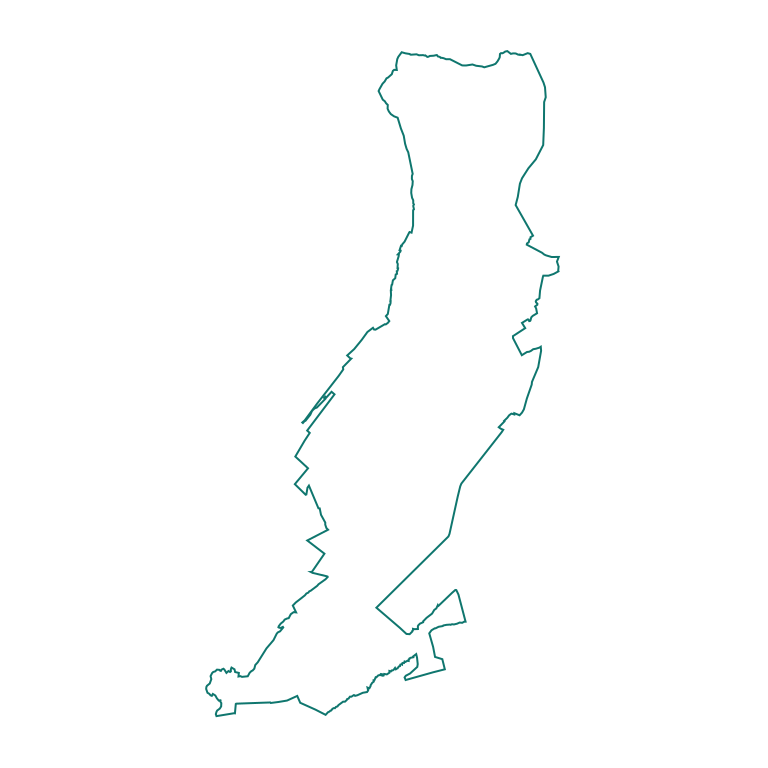 outline of Flamanzi, Botosani, Romania, rotated 91°
{"feature_id": "2599482B79845284556073", "entity_name": "Flamanzi", "entity_type": "district", "adm_level": 2, "iso_a3": "ROU", "parent_name": "Romania", "parent_adm1": "Botosani", "projection": "robinson", "projection_center": [26.986, 47.54], "detail": "fine", "context": "isolated", "style": "outline", "palette": "teal", "viewbox_px": 768, "rotation_deg": 91, "n_neighbors": 0, "source": "geoboundaries", "source_scale": "gbopen_adm2", "svg_char_len": 6097}
<svg xmlns="http://www.w3.org/2000/svg" viewBox="0 0 768 768"><g transform="rotate(91 384 384)"><path d="M588.8,308.1L588.7,309.1L591.8,312.5L605.2,326.0L605.3,326.3L604.6,326.5L607.5,327.8L609.0,329.8L612.7,331.9L617.0,337.3L620.6,340.7L621.5,340.7L623.0,343.9L624.7,345.5L625.5,345.9L628.4,345.8L628.6,349.3L628.3,350.7L629.4,350.6L630.4,351.4L630.9,351.3L633.7,354.0L633.5,357.2L627.5,363.9L607.8,387.7L535.3,316.9L532.7,315.9L495.2,308.3L485.0,306.0L482.2,304.9L430.1,265.5L427.7,264.0L426.6,266.6L425.2,268.5L419.3,262.9L418.8,263.3L415.6,260.1L413.2,258.4L411.6,256.4L411.4,255.9L412.2,253.2L410.9,253.2L412.9,247.9L410.2,245.5L406.9,243.7L396.0,240.9L382.0,236.3L379.4,236.1L364.4,230.1L348.0,227.5L344.0,227.9L344.9,229.2L346.1,232.8L346.6,235.4L348.3,237.6L349.2,239.4L349.5,241.6L352.8,246.7L335.9,255.8L333.9,255.9L325.7,243.8L320.5,247.1L316.9,241.5L317.0,240.7L318.6,239.9L318.5,239.2L318.0,238.7L314.8,237.9L313.3,236.5L310.6,232.2L305.8,233.2L303.8,234.3L302.1,232.1L301.1,232.0L299.7,233.4L298.6,233.7L297.1,232.8L296.8,231.7L295.5,230.1L287.9,229.6L274.1,227.0L272.9,226.6L272.8,221.4L271.0,216.3L268.3,211.5L267.6,211.8L263.5,211.5L258.6,213.2L253.9,211.5L254.1,218.6L252.6,224.1L251.8,226.0L250.0,228.3L242.2,243.7L241.0,243.5L239.8,241.8L236.8,241.1L236.4,240.1L234.7,240.1L233.1,237.6L202.8,255.5L194.6,253.5L181.3,251.6L175.9,249.6L165.8,243.4L156.7,236.1L142.3,229.0L125.2,228.6L99.3,228.8L94.5,227.3L84.5,228.2L79.8,229.8L51.4,243.5L50.7,246.1L52.8,251.1L52.5,252.6L52.6,253.8L52.2,254.0L52.4,255.5L51.2,258.1L51.2,260.8L51.7,262.9L49.0,266.5L49.5,268.6L50.8,270.4L51.3,271.6L51.1,272.7L52.0,273.8L55.3,274.0L56.7,274.6L59.5,276.2L61.9,278.1L63.0,280.6L65.6,289.3L64.8,291.5L64.2,297.4L63.0,301.1L64.1,307.5L64.1,311.4L58.1,323.7L58.2,327.5L57.2,330.1L56.8,332.2L56.9,333.0L56.0,333.9L55.5,335.9L54.3,336.7L54.2,337.2L54.9,340.1L55.2,343.9L56.0,345.3L56.2,346.4L54.7,348.4L54.9,349.1L54.5,350.6L54.7,354.8L53.8,357.2L54.3,362.9L54.0,363.7L53.6,364.0L53.0,368.3L52.0,372.1L56.6,375.4L58.9,376.4L65.2,377.4L69.8,376.7L69.7,379.3L70.8,380.6L74.1,381.6L77.6,385.4L78.3,386.8L81.5,388.6L83.8,390.7L89.3,393.7L91.2,394.5L99.7,390.2L101.3,388.1L103.3,386.8L104.9,385.1L108.7,385.2L111.4,383.9L114.0,381.9L116.2,378.6L117.5,375.0L128.1,371.6L135.4,368.6L143.4,367.1L148.5,365.5L151.9,363.8L173.4,359.0L175.4,359.7L178.5,359.7L180.7,358.8L184.6,359.0L188.7,360.0L192.5,360.1L197.3,359.2L199.8,358.0L202.9,357.9L203.9,357.2L205.4,357.9L208.8,357.1L209.7,357.9L211.5,357.9L225.1,357.7L232.2,359.1L231.6,361.1L232.0,361.4L241.3,365.9L244.1,368.2L245.7,368.7L245.5,369.4L250.0,370.8L250.3,369.7L251.3,369.9L254.2,372.4L254.3,371.4L256.1,371.6L261.8,373.2L263.8,372.3L267.9,372.5L268.0,371.9L268.5,371.9L270.6,372.5L271.0,373.2L273.6,372.9L274.3,374.2L278.0,374.6L280.2,376.9L284.5,377.6L284.8,378.1L285.8,378.3L289.3,378.7L289.2,378.4L290.2,378.3L290.5,378.8L295.0,378.5L301.1,379.1L301.1,378.8L303.2,378.9L304.7,379.4L304.7,380.0L313.9,381.4L316.1,383.3L321.0,379.8L322.9,381.3L324.4,383.3L324.2,384.2L329.8,393.4L329.7,394.9L328.0,396.0L332.3,401.5L340.2,407.0L349.6,414.4L356.1,421.3L359.0,418.1L359.2,417.2L367.9,425.4L370.1,425.0L376.6,429.4L404.6,450.4L421.7,462.6L423.9,465.0L424.4,464.4L422.3,462.6L422.2,461.9L416.1,457.2L412.4,455.6L411.0,454.4L409.6,452.9L408.7,450.7L400.1,442.6L399.0,443.6L397.7,442.5L398.7,441.6L392.7,436.3L395.2,433.3L431.9,460.0L434.2,457.4L442.1,462.4L458.1,471.4L469.6,458.5L485.7,471.4L496.1,460.4L495.8,459.7L489.0,458.7L486.9,457.3L509.4,447.4L509.5,446.1L515.9,444.7L523.6,440.3L525.6,440.3L529.0,439.1L530.7,437.4L541.8,458.0L554.7,440.6L573.1,452.8L573.2,453.9L574.1,452.1L577.2,438.0L577.5,437.1L577.9,436.9L580.2,439.0L585.4,446.0L586.9,447.2L592.0,453.7L592.6,455.1L593.9,456.0L594.8,457.9L596.7,459.4L604.0,468.4L607.1,471.3L613.9,467.9L613.7,470.4L615.8,473.2L619.8,475.2L620.1,476.7L621.3,479.2L623.2,480.5L625.4,483.1L628.0,485.0L629.1,485.3L629.5,484.5L629.7,483.0L628.6,480.9L629.2,480.5L633.1,483.6L634.2,485.8L635.5,486.9L642.0,490.0L650.4,496.9L664.5,505.4L667.2,507.8L670.9,508.7L672.8,510.4L673.3,511.5L675.1,513.3L678.6,515.1L679.3,520.9L678.6,522.5L679.0,524.4L675.4,524.1L674.6,527.8L671.9,528.5L670.2,531.5L672.0,532.2L674.0,532.1L674.6,532.9L673.7,534.5L675.6,536.5L672.2,538.7L671.5,539.6L672.4,541.4L673.7,542.1L673.4,543.0L672.7,543.5L672.5,546.0L674.3,547.8L674.9,549.7L676.0,550.8L679.1,552.3L682.1,551.5L686.5,553.0L688.8,555.7L690.0,556.3L692.0,556.5L695.8,555.1L696.8,553.3L698.3,552.0L698.8,550.7L696.9,549.7L698.4,547.2L701.2,545.6L703.5,543.6L703.6,542.6L702.4,541.8L704.4,542.1L705.9,541.1L709.2,541.2L711.4,542.5L713.4,545.1L714.5,545.7L717.0,546.4L719.0,545.7L715.8,528.2L715.9,527.3L706.5,526.6L706.2,526.2L704.4,492.2L704.9,491.7L703.8,484.1L702.2,475.4L697.4,465.3L704.2,462.2L710.8,446.8L715.8,436.6L713.1,434.2L712.6,433.0L711.5,431.8L711.4,431.1L709.6,429.8L708.9,428.4L709.0,427.4L707.7,426.4L707.2,424.9L705.9,424.0L702.3,419.3L702.3,417.5L700.6,415.7L699.7,415.4L699.2,414.0L697.2,412.6L697.2,411.1L695.6,408.8L695.7,408.1L696.3,407.5L695.7,405.3L693.1,399.8L692.3,395.6L690.7,394.5L687.8,395.2L688.5,393.3L686.4,392.2L685.4,392.1L683.0,390.6L681.7,389.0L680.4,389.3L680.1,388.3L677.3,387.2L677.4,386.5L675.4,384.6L675.1,383.0L674.0,382.1L674.2,381.0L675.4,381.3L675.7,380.1L675.5,379.3L673.9,378.8L674.3,376.1L672.5,373.5L670.8,373.6L671.2,372.0L670.3,371.4L670.3,370.4L669.5,369.3L667.7,368.0L669.1,367.3L669.0,367.0L668.4,366.5L668.1,365.5L666.2,364.3L665.8,363.1L664.3,362.8L663.9,361.6L664.2,361.0L662.9,360.9L662.5,360.2L662.6,359.1L661.1,358.6L661.5,357.7L660.3,355.8L660.5,354.5L659.0,354.5L658.6,353.8L658.0,353.8L657.3,352.7L656.7,349.9L655.9,350.1L653.5,347.1L657.0,346.2L663.5,345.4L666.3,345.8L673.0,352.9L675.3,357.1L677.0,358.3L679.6,357.2L671.4,329.9L668.2,318.2L658.1,320.9L656.0,328.2L646.0,330.3L632.5,334.4L629.4,332.2L627.4,329.0L627.4,328.2L625.8,325.2L625.0,321.0L624.4,320.5L623.7,317.2L623.4,313.8L623.6,313.2L623.0,311.8L623.2,309.9L622.4,306.8L621.2,304.2L621.4,301.6L620.3,299.8L620.2,298.3L593.2,305.9L588.8,308.1Z" fill="none" stroke="#0f766e" stroke-width="2"/></g></svg>